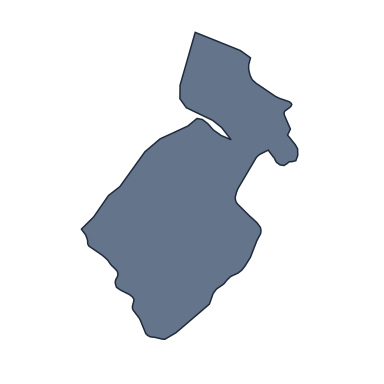 map outline of Samut Prakan (Robinson projection), rotated 117°
{"feature_id": "THA-422", "entity_name": "Samut Prakan", "entity_type": "Province", "adm_level": 1, "iso_a3": "THA", "parent_name": "Thailand", "parent_adm1": "", "projection": "robinson", "projection_center": [100.716, 13.596], "detail": "fine", "context": "isolated", "style": "filled", "palette": "slate", "viewbox_px": 384, "rotation_deg": 117, "n_neighbors": 0, "source": "natural_earth", "source_scale": "10m", "svg_char_len": 1614}
<svg xmlns="http://www.w3.org/2000/svg" viewBox="0 0 384 384"><g transform="rotate(117 192 192)"><path d="M275.3,273.7L258.9,268.3L233.0,264.8L220.0,258.7L177.5,252.2L159.2,244.6L135.2,225.7L124.2,220.9L122.7,215.7L123.9,209.1L127.0,201.3L128.4,191.8L127.7,180.8L121.1,194.9L118.8,206.0L119.5,235.3L114.4,245.1L102.3,251.1L48.3,261.6L44.0,213.0L45.9,200.8L53.0,199.2L57.0,197.2L61.5,193.4L64.6,189.4L66.0,184.4L68.9,161.4L68.9,157.1L67.4,146.2L67.9,144.0L68.8,142.8L70.4,142.7L72.4,143.3L77.9,146.1L80.1,145.8L82.0,144.1L86.8,138.3L91.2,132.9L97.9,132.7L103.0,121.4L105.6,117.5L111.3,114.4L117.0,113.7L119.6,116.7L120.9,119.1L123.7,120.3L126.6,122.0L127.9,126.0L127.2,130.2L125.8,132.4L124.4,133.9L123.7,135.8L120.1,143.1L128.0,148.9L130.4,149.9L132.5,150.4L167.9,152.6L171.6,152.3L176.8,151.2L179.4,149.7L181.2,147.7L182.2,145.6L187.5,129.0L188.0,126.6L190.0,119.9L192.5,115.0L195.0,113.0L197.8,112.0L205.9,112.1L223.7,110.3L234.2,111.2L239.1,112.2L243.4,114.2L248.4,118.2L250.0,119.3L254.4,120.8L259.3,121.9L261.4,122.9L267.2,126.1L272.7,127.1L284.0,125.6L324.7,142.4L335.6,149.4L336.6,151.8L338.2,158.6L340.0,163.6L339.9,166.5L339.2,168.8L329.4,180.2L328.1,182.2L324.2,190.4L322.9,192.1L320.9,193.2L316.2,194.2L314.0,195.0L312.5,197.4L311.8,201.5L311.9,209.7L311.6,213.5L311.1,216.1L309.7,217.5L308.2,218.9L306.4,219.8L304.2,220.2L301.9,220.0L299.8,220.3L298.0,221.2L296.5,222.8L295.6,224.9L294.1,229.9L293.2,232.1L291.1,235.9L290.1,239.1L289.1,243.2L287.1,258.6L286.9,259.4L286.4,260.2L285.6,261.3L282.2,263.3L278.6,267.1L275.4,273.6L275.3,273.7Z" fill="#64748b" stroke="#1e293b" stroke-width="1.5"/></g></svg>